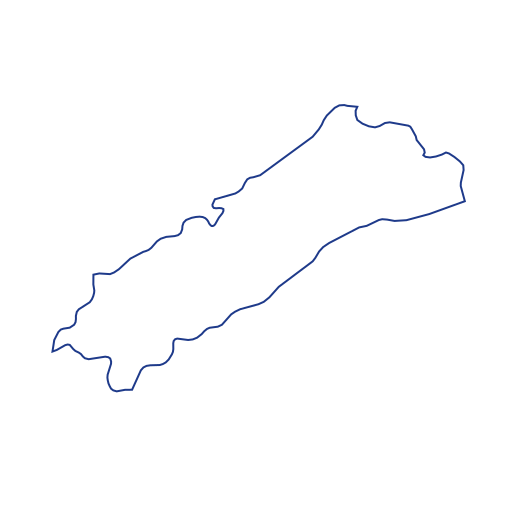 the border of Ialomita, rotated 322°
{"feature_id": "ROU-132", "entity_name": "Ialomita", "entity_type": "County", "adm_level": 1, "iso_a3": "ROU", "parent_name": "Romania", "parent_adm1": "", "projection": "mercator", "projection_center": [27.089, 44.61], "detail": "fine", "context": "isolated", "style": "outline", "palette": "blue", "viewbox_px": 512, "rotation_deg": 322, "n_neighbors": 0, "source": "natural_earth", "source_scale": "10m", "svg_char_len": 2296}
<svg xmlns="http://www.w3.org/2000/svg" viewBox="0 0 512 512"><g transform="rotate(322 256 256)"><path d="M76.0,285.1L70.4,280.8L62.9,276.9L60.8,274.0L60.1,271.3L60.6,268.4L61.3,265.6L62.6,262.8L64.0,260.4L66.0,258.2L75.4,251.7L76.9,249.9L78.0,247.0L77.3,244.8L75.2,242.5L60.6,234.3L58.2,231.2L57.7,228.4L57.7,225.6L56.9,223.0L55.2,219.6L54.7,216.8L54.5,211.4L53.1,209.8L50.8,208.8L41.2,207.4L36.8,206.0L45.3,198.0L53.5,194.2L56.9,193.8L59.5,194.7L65.1,197.8L70.4,198.2L73.1,197.0L75.3,194.8L77.2,192.3L80.4,189.7L83.6,188.9L96.5,190.1L100.0,189.1L103.1,187.4L105.7,185.4L107.3,183.7L110.3,178.3L116.4,170.6L121.8,173.3L129.8,180.4L134.0,181.6L139.8,182.0L155.4,180.7L169.7,183.3L172.2,184.3L175.1,185.1L178.6,185.1L186.9,183.5L191.5,183.7L197.1,185.7L204.1,190.2L207.4,191.6L210.8,191.6L214.2,189.6L216.6,187.0L219.5,185.1L223.2,184.6L228.8,186.3L232.6,188.2L235.8,190.3L238.0,192.5L239.3,194.9L239.7,197.2L239.6,199.4L239.1,201.5L239.1,203.3L239.4,204.9L240.4,205.8L242.1,206.1L243.7,205.7L250.4,202.9L255.9,201.6L258.1,200.4L259.2,198.9L258.2,197.1L256.5,195.5L253.9,193.8L252.3,192.1L252.4,190.1L253.3,188.7L258.5,186.0L278.2,194.0L282.0,194.5L286.7,194.3L292.2,191.6L296.3,190.2L299.5,190.7L302.4,192.3L309.0,194.9L374.1,196.9L383.4,194.9L388.7,193.0L393.0,190.7L398.3,188.9L409.3,187.7L414.4,188.6L418.5,191.4L420.4,193.9L427.7,200.8L423.9,202.9L421.2,206.6L419.6,211.2L421.4,217.3L424.8,223.3L429.0,227.9L433.5,229.7L439.5,230.6L443.7,233.0L456.3,247.1L457.2,249.1L456.9,252.2L455.6,260.1L454.0,263.5L454.1,275.4L452.6,278.4L449.9,279.6L450.6,282.2L453.8,285.5L459.1,288.4L464.9,290.5L469.4,291.4L471.2,294.0L473.3,300.1L474.9,307.0L475.2,312.1L472.5,316.1L462.6,324.3L460.4,326.9L454.3,341.4L418.3,329.6L396.6,320.4L386.8,313.7L381.7,308.0L378.1,304.7L375.0,303.3L361.8,300.4L354.9,297.0L321.7,290.8L314.5,290.3L308.5,291.3L301.6,294.0L297.4,295.1L255.0,294.3L241.1,296.8L233.9,296.9L228.2,295.5L210.8,288.2L205.2,287.0L200.5,286.7L186.8,289.2L182.4,288.2L175.3,284.0L172.5,283.3L168.9,283.4L165.2,284.1L159.3,284.1L154.8,282.8L150.8,280.4L143.1,272.6L141.0,271.8L138.8,272.3L137.1,273.8L133.5,278.5L131.5,280.4L129.2,281.7L123.5,283.8L119.4,284.3L116.1,283.8L113.1,282.7L105.5,277.1L102.1,275.2L98.7,274.5L94.9,275.2L76.0,285.1Z" fill="none" stroke="#1e3a8a" stroke-width="2"/></g></svg>